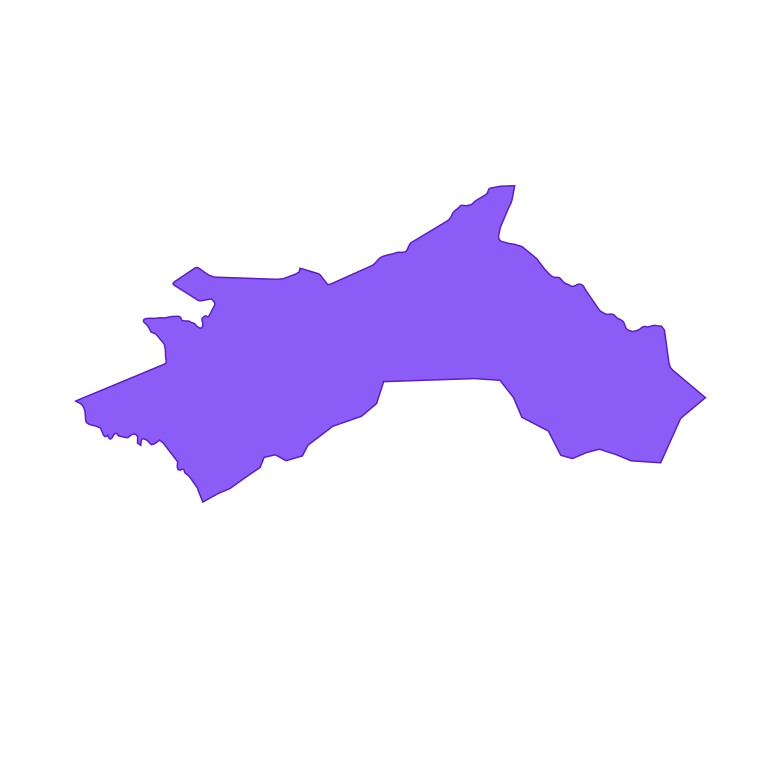 outline of Hadjer-Lamis, rotated 337°
{"feature_id": "TCD-1464", "entity_name": "Hadjer-Lamis", "entity_type": "Prefecture", "adm_level": 1, "iso_a3": "TCD", "parent_name": "Chad", "parent_adm1": "", "projection": "orthographic", "projection_center": [15.964, 12.449], "detail": "fine", "context": "isolated", "style": "filled", "palette": "violet", "viewbox_px": 768, "rotation_deg": 337, "n_neighbors": 0, "source": "natural_earth", "source_scale": "10m", "svg_char_len": 4181}
<svg xmlns="http://www.w3.org/2000/svg" viewBox="0 0 768 768"><g transform="rotate(337 384 384)"><path d="M108.0,323.7L106.9,323.6L106.2,322.7L105.8,321.0L105.9,313.9L102.6,310.4L97.0,306.1L95.1,303.3L95.2,300.9L98.1,292.3L98.4,288.4L97.9,285.3L96.3,282.5L93.7,279.6L93.5,279.3L97.2,279.2L188.9,279.9L190.5,279.7L191.7,279.2L192.4,278.0L193.6,273.6L196.2,266.8L197.1,262.5L197.2,261.4L197.0,260.3L193.7,249.5L193.3,248.7L192.7,247.9L192.1,247.2L190.6,246.0L190.0,245.3L189.8,244.3L189.6,240.7L189.0,237.4L188.2,235.6L187.4,233.9L187.1,233.0L187.2,232.0L187.7,231.2L188.7,230.7L190.1,230.7L193.9,231.9L196.8,233.3L200.7,234.7L202.9,235.2L203.9,235.5L204.8,235.9L205.6,236.5L206.9,237.1L208.7,237.7L214.2,238.7L220.5,241.0L221.3,241.4L222.0,241.9L222.5,242.7L222.8,243.5L222.8,245.6L222.9,246.5L223.4,247.1L224.2,247.6L228.7,249.7L229.4,250.3L230.5,251.9L231.1,252.5L231.9,253.1L232.6,253.7L233.2,254.4L234.5,258.2L235.0,259.0L235.6,259.7L236.3,260.4L237.0,260.9L238.0,261.0L238.9,260.7L240.0,259.4L240.5,258.2L240.9,257.0L241.3,254.7L241.5,253.6L242.0,252.8L242.7,252.4L243.3,252.1L244.7,251.6L245.7,251.5L246.7,251.7L248.0,253.2L248.7,253.3L249.7,252.8L259.1,245.1L259.6,244.3L259.9,243.4L259.8,242.5L258.9,239.6L258.5,238.7L257.8,238.1L256.8,237.8L247.9,235.9L247.0,235.5L246.2,235.0L245.6,234.4L229.8,211.6L228.9,209.6L229.7,208.5L231.7,207.9L255.1,203.4L257.2,203.5L258.3,204.4L259.0,205.2L263.4,212.6L265.6,215.6L268.9,218.8L270.6,219.8L292.5,230.0L326.1,245.7L332.2,247.7L345.4,248.3L349.8,247.7L352.0,244.6L367.0,257.1L367.9,258.7L371.0,270.4L373.4,271.2L418.9,270.3L420.7,270.0L423.5,269.1L427.1,267.3L430.0,266.3L431.4,266.1L433.3,266.1L440.1,267.0L442.1,267.6L446.5,267.9L448.9,268.4L451.6,269.7L453.6,270.4L454.7,270.6L455.9,270.5L457.5,269.7L458.5,268.9L460.5,266.8L462.0,265.7L463.6,264.6L505.9,258.6L508.1,258.0L509.7,257.2L511.3,256.1L514.0,253.6L515.4,252.9L517.2,252.1L521.0,251.1L522.7,250.3L524.2,249.8L525.2,249.7L527.9,251.3L529.5,252.1L534.0,252.9L535.5,252.8L538.7,251.5L540.8,251.0L551.4,249.5L552.8,249.0L553.9,248.5L556.4,245.8L557.1,245.4L558.6,245.3L568.6,247.5L581.8,252.5L573.9,264.4L571.0,267.7L568.5,269.6L552.2,285.4L547.4,292.4L546.9,293.4L546.7,294.6L546.6,296.1L546.9,297.2L547.4,298.1L548.0,298.8L553.8,303.4L558.1,306.0L563.8,310.6L565.0,311.9L573.0,327.2L573.7,329.0L576.8,341.2L579.3,348.0L580.6,350.2L581.1,351.0L581.7,351.7L582.5,352.3L583.3,352.8L585.2,353.5L586.1,354.0L586.8,354.5L587.5,355.7L589.1,360.3L589.9,361.8L590.8,362.8L592.3,364.2L593.8,366.2L594.4,366.9L595.2,367.5L596.1,367.9L597.1,368.2L598.3,368.2L600.7,368.0L601.9,368.1L603.1,368.5L604.3,369.3L605.6,371.2L606.0,373.0L606.1,375.3L610.9,399.0L611.7,401.6L615.1,406.0L615.8,406.6L616.6,407.1L621.1,408.7L621.8,409.2L622.5,410.1L623.1,411.2L624.3,414.2L624.9,415.1L626.7,417.0L628.0,418.8L628.6,420.2L628.8,421.6L628.6,426.8L628.9,428.1L629.3,429.1L631.9,431.7L632.6,432.3L633.5,432.8L634.5,433.1L636.8,433.5L639.0,433.6L640.1,433.6L641.2,433.4L643.1,432.8L644.2,432.6L645.3,432.6L646.3,432.8L647.1,433.2L648.6,434.4L649.5,434.7L650.4,434.9L654.4,435.3L655.4,435.6L656.4,436.0L658.0,437.0L658.8,437.6L660.3,438.4L661.9,439.0L663.2,444.0L654.6,475.6L654.2,478.3L654.2,481.2L655.4,484.5L674.5,522.2L643.7,531.5L607.9,564.6L581.4,551.2L570.0,539.6L556.7,528.1L543.5,526.2L528.3,526.3L518.9,518.6L516.9,491.5L507.4,480.0L497.9,468.4L497.9,447.2L492.2,425.9L469.5,414.4L384.6,381.7L369.5,399.1L350.6,404.9L320.4,402.9L290.2,410.6L280.8,418.3L263.8,416.3L256.3,406.7L245.0,404.7L237.4,412.4L218.5,416.2L201.5,420.0L188.3,420.0L171.1,421.9L171.4,408.8L171.7,407.1L168.6,392.8L166.1,388.1L166.0,387.3L166.3,385.1L166.1,384.3L165.2,383.7L164.0,383.3L163.3,383.4L163.6,384.3L162.1,382.9L161.3,382.8L161.0,382.4L161.1,380.3L161.5,379.1L163.0,376.2L163.7,375.2L157.7,351.9L155.5,348.0L149.4,349.4L146.2,349.0L144.9,346.0L144.4,344.2L143.2,342.3L141.6,340.7L139.9,340.1L138.9,340.7L136.1,345.4L134.0,342.2L136.7,336.0L135.5,332.9L132.5,331.9L127.1,333.3L124.1,331.6L122.9,330.5L119.7,328.4L119.0,327.2L119.0,326.1L118.6,325.1L117.2,324.5L116.0,324.8L112.4,327.5L110.6,327.8L109.8,326.7L109.6,325.0L109.6,323.1L108.0,323.7Z" fill="#8b5cf6" stroke="#5b21b6" stroke-width="1.5"/></g></svg>